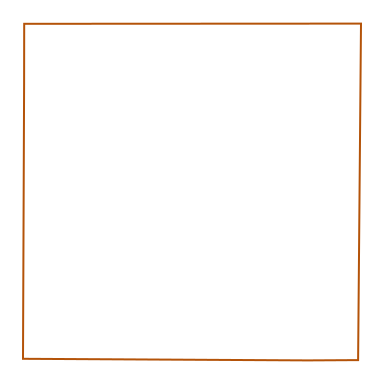 outline of Callahan, Texas, United States of America
{"feature_id": "52423323B72764612751760", "entity_name": "Callahan", "entity_type": "district", "adm_level": 2, "iso_a3": "USA", "parent_name": "United States of America", "parent_adm1": "Texas", "projection": "mercator", "projection_center": [-99.443, 32.297], "detail": "fine", "context": "isolated", "style": "outline", "palette": "amber", "viewbox_px": 384, "rotation_deg": 0, "n_neighbors": 0, "source": "geoboundaries", "source_scale": "gbopen_adm2", "svg_char_len": 213}
<svg xmlns="http://www.w3.org/2000/svg" viewBox="0 0 384 384"><path d="M35.7,23.8L24.2,23.8L24.1,84.1L23.0,358.8L307.7,360.4L358.1,360.1L361.0,23.6L35.7,23.8Z" fill="none" stroke="#b45309" stroke-width="2"/></svg>